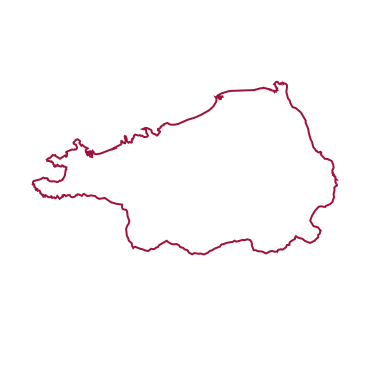 outline of Bolaang Mongondow Utara, Sulawesi Utara, Indonesia, rotated 332°
{"feature_id": "22746128B96389329417801", "entity_name": "Bolaang Mongondow Utara", "entity_type": "district", "adm_level": 2, "iso_a3": "IDN", "parent_name": "Indonesia", "parent_adm1": "Sulawesi Utara", "projection": "natural_earth1", "projection_center": [123.364, 0.76], "detail": "fine", "context": "isolated", "style": "outline", "palette": "rose", "viewbox_px": 384, "rotation_deg": 332, "n_neighbors": 0, "source": "geoboundaries", "source_scale": "gbopen_adm2", "svg_char_len": 6014}
<svg xmlns="http://www.w3.org/2000/svg" viewBox="0 0 384 384"><g transform="rotate(332 192 192)"><path d="M325.5,140.3L324.1,139.4L323.5,139.5L323.9,138.8L323.5,138.2L323.3,138.5L321.8,137.8L321.2,138.4L320.9,137.8L320.0,137.8L319.4,136.5L319.5,135.6L318.7,134.5L317.9,134.3L315.1,135.4L315.7,136.3L315.3,138.2L315.6,138.7L315.4,139.7L316.0,140.4L315.8,140.8L315.1,140.9L315.1,142.3L313.4,141.9L313.3,142.0L313.3,142.4L313.2,142.6L312.6,141.9L311.8,142.4L311.7,141.0L310.3,140.1L309.9,138.9L308.7,137.7L308.5,138.0L308.2,137.3L303.8,133.3L303.1,133.5L301.4,132.7L294.6,131.1L274.0,121.1L270.4,119.9L264.5,118.8L260.1,118.8L258.8,119.3L258.9,119.6L260.3,119.5L261.6,120.4L262.2,121.5L263.7,121.8L263.7,122.3L262.5,122.1L261.0,123.4L260.7,123.4L260.2,123.0L259.8,122.2L259.7,120.0L257.7,120.3L257.4,119.9L257.5,121.0L255.8,123.6L250.9,126.5L245.3,127.9L236.0,128.1L229.1,127.6L222.2,126.2L211.8,125.4L208.1,124.3L205.2,122.8L203.9,121.6L202.8,119.5L199.4,119.0L198.7,119.1L198.3,119.7L197.3,119.3L195.0,119.7L194.8,120.2L193.0,120.8L191.7,120.3L190.9,121.5L192.2,123.4L192.1,123.8L188.1,125.8L187.4,125.5L186.7,123.8L184.7,121.7L184.5,120.0L185.2,118.5L185.0,117.9L182.4,114.5L180.9,113.4L180.2,113.8L179.9,114.6L180.6,115.6L179.4,118.4L179.8,119.5L179.5,121.6L178.3,122.1L175.7,121.2L174.3,118.7L173.3,118.5L172.6,117.3L171.4,117.1L168.9,114.7L167.1,115.1L166.0,116.7L164.2,117.0L164.2,117.8L163.1,118.0L162.1,119.9L161.5,119.9L160.2,118.4L159.1,118.7L158.2,116.5L158.9,115.3L158.5,114.5L159.4,113.9L158.9,113.0L159.7,112.0L159.1,111.1L158.5,111.5L157.5,115.9L156.6,116.3L155.9,117.5L155.0,117.0L154.4,116.0L154.2,114.4L153.7,113.8L153.2,114.1L152.2,116.3L151.5,116.7L146.7,116.5L145.0,117.5L143.3,117.2L144.2,116.8L145.1,117.1L144.9,116.5L141.2,116.5L129.2,115.1L125.5,113.8L124.2,112.9L123.7,111.9L123.9,110.1L123.5,108.9L122.8,109.3L121.9,111.7L121.2,112.1L120.2,114.2L118.7,112.9L118.9,111.3L118.6,110.4L117.7,109.9L117.5,111.3L116.8,109.4L117.5,108.4L117.0,107.2L117.7,105.2L118.6,104.7L120.4,104.5L118.1,101.2L117.3,99.0L116.0,99.3L115.6,95.9L116.8,94.9L117.0,94.2L115.7,91.7L113.9,91.4L111.9,92.4L110.8,92.5L110.3,93.5L110.4,94.2L111.7,95.7L111.4,98.7L110.5,99.7L109.5,100.0L108.6,99.4L107.5,99.2L106.0,98.1L99.7,97.6L99.4,98.0L99.9,99.2L99.1,100.8L97.8,101.8L97.3,101.7L97.2,100.1L91.1,100.7L88.4,96.1L88.6,95.3L87.4,95.0L86.3,93.9L83.0,95.2L81.2,94.9L79.0,95.2L78.8,96.7L79.6,96.9L80.2,97.6L80.6,97.5L81.5,98.8L82.3,99.0L82.2,99.8L82.8,100.2L83.0,101.2L82.5,102.8L83.5,104.1L82.5,104.6L82.7,105.2L83.5,105.5L85.9,104.8L86.1,106.0L86.7,106.1L86.9,106.7L88.3,108.1L89.9,107.5L90.5,108.3L90.5,109.3L91.3,109.6L92.6,111.2L92.0,111.6L91.8,112.9L90.9,113.1L87.7,117.5L85.4,119.3L84.0,119.7L83.7,120.4L81.1,120.4L80.4,119.8L78.5,120.2L77.1,119.6L77.0,119.2L74.8,117.5L72.9,116.8L71.7,115.8L70.4,113.5L70.5,113.2L70.8,113.4L70.8,112.0L68.4,110.6L67.5,109.5L64.8,109.7L57.2,108.0L56.4,108.5L55.3,110.3L54.1,110.6L55.6,110.6L55.7,111.4L56.2,111.4L55.2,113.6L55.7,114.4L55.6,115.4L56.4,116.3L55.2,116.5L55.2,117.1L56.0,117.3L56.4,118.6L57.2,118.4L58.1,119.3L58.1,120.7L57.5,121.8L58.0,122.3L58.1,123.9L58.6,124.6L59.1,124.5L59.4,125.4L58.6,125.6L58.6,126.3L59.4,126.2L59.8,126.9L60.4,125.9L61.3,126.0L62.7,129.2L64.9,130.1L65.3,129.7L65.9,129.8L66.0,130.4L65.5,130.9L65.7,131.6L67.8,132.0L68.2,133.3L69.7,133.2L71.2,132.3L72.0,135.9L74.4,135.4L75.8,135.6L76.3,135.2L76.2,134.2L77.3,134.3L78.2,134.8L78.7,136.5L80.5,136.5L82.5,137.2L82.7,139.0L83.8,140.5L86.3,141.1L88.0,140.4L89.0,140.9L89.8,140.3L91.1,141.2L92.9,143.7L94.5,143.0L95.8,143.0L97.7,146.5L101.4,147.7L104.6,150.1L105.3,152.5L107.0,154.6L112.2,156.3L115.1,162.0L116.3,163.7L119.7,166.9L124.4,170.4L123.0,172.9L122.8,174.6L125.5,176.9L125.6,178.6L123.7,183.4L123.2,188.0L121.2,190.3L119.1,191.3L116.5,193.6L114.0,200.0L113.9,203.0L113.4,205.3L114.7,208.9L113.8,211.4L113.8,213.9L115.1,213.4L116.0,213.6L119.7,217.9L122.3,220.2L123.0,221.4L125.7,223.6L129.2,222.9L131.1,224.4L132.3,224.7L134.1,224.2L135.9,224.6L138.0,223.5L146.8,223.2L147.4,224.9L149.4,228.2L150.7,229.3L154.0,230.8L155.4,232.8L155.7,235.1L158.1,237.3L158.4,239.0L160.7,241.2L160.8,244.1L163.0,247.1L165.3,247.0L169.1,249.8L170.5,250.2L173.3,252.8L177.5,253.0L180.4,252.4L181.9,252.9L185.5,252.6L191.0,253.3L192.5,252.4L193.9,252.2L194.9,252.8L198.8,253.2L204.8,255.2L206.6,254.9L208.1,256.8L214.4,258.1L216.0,259.3L218.5,259.7L220.6,261.5L221.1,263.4L220.8,265.3L219.8,267.1L219.2,272.4L221.2,273.5L222.0,274.9L226.0,277.5L228.5,281.0L233.6,281.1L235.5,282.0L237.1,283.7L238.7,284.1L239.1,284.8L240.9,283.6L243.7,284.3L245.0,285.5L249.1,284.9L250.8,283.4L253.2,284.4L254.2,282.7L255.1,282.1L261.0,281.7L261.9,280.4L263.0,279.8L264.2,282.0L267.5,285.2L268.8,288.3L272.3,292.4L277.6,292.6L278.9,291.9L282.1,291.3L283.3,289.1L285.4,288.7L286.8,286.7L287.4,286.6L286.6,282.4L283.3,279.2L282.9,273.3L282.9,272.8L286.7,269.4L291.8,266.3L297.0,264.5L299.3,265.3L302.5,267.7L303.8,267.2L308.6,267.5L311.4,266.7L313.7,264.2L315.0,263.5L315.8,260.7L318.9,257.0L319.6,255.0L321.5,254.3L322.7,254.5L323.3,253.9L323.2,251.0L324.1,248.8L324.6,248.4L325.4,248.9L325.0,247.2L325.8,245.7L325.0,244.9L325.4,243.7L324.6,243.6L324.4,243.1L325.1,242.2L324.9,241.1L325.5,240.9L325.8,239.0L328.5,237.0L329.6,233.8L329.9,230.3L328.3,227.9L327.6,227.5L327.4,226.7L324.9,225.0L323.5,219.6L323.7,218.6L324.6,218.1L324.5,217.2L324.2,216.7L322.7,216.7L321.8,215.9L321.5,214.5L320.8,213.8L320.8,212.0L320.1,209.7L321.5,204.0L321.5,201.0L322.8,195.0L324.3,190.4L324.9,183.9L325.9,182.4L325.5,172.8L322.9,166.4L320.6,164.3L320.6,159.6L321.2,157.3L320.7,154.5L322.2,148.1L325.4,143.5L326.0,141.9L325.5,140.3ZM120.4,107.9L119.0,107.7L118.9,108.7L119.3,110.7L120.5,110.8L120.8,109.6L120.4,107.9ZM261.1,123.3L261.7,122.5L260.6,122.0L260.2,120.6L260.1,122.6L261.1,123.3ZM261.6,122.0L261.8,121.6L261.5,120.8L260.5,120.3L260.6,121.4L261.6,122.0ZM121.4,110.9L121.7,110.1L121.5,109.4L120.9,110.3L121.4,110.9ZM179.4,114.0L179.2,113.4L178.1,113.3L178.9,114.0L179.4,114.0Z" fill="none" stroke="#9f1239" stroke-width="2"/></g></svg>